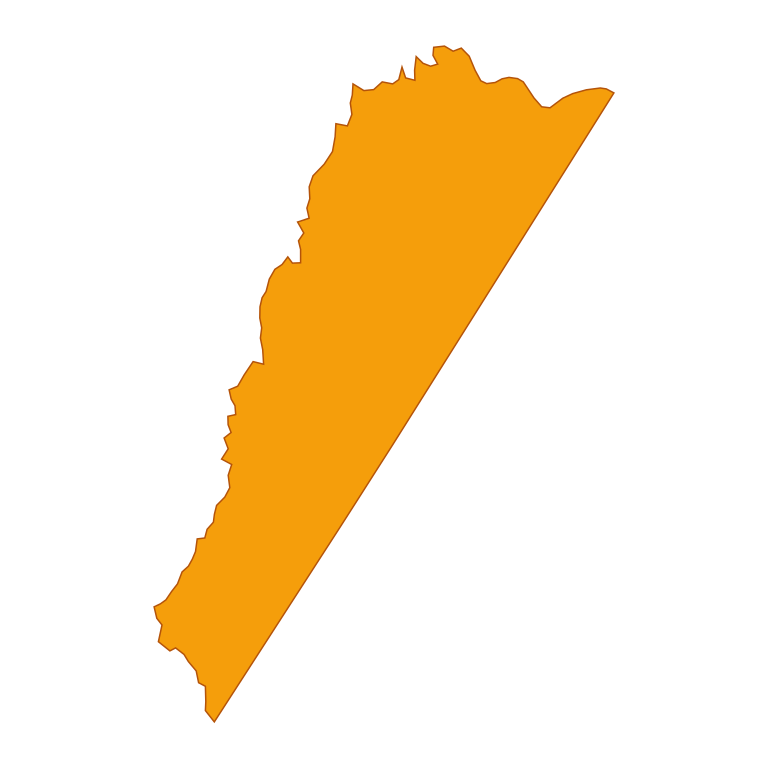 outline of Jussara, Paraná, Brazil
{"feature_id": "56859067B52043203685138", "entity_name": "Jussara", "entity_type": "district", "adm_level": 2, "iso_a3": "BRA", "parent_name": "Brazil", "parent_adm1": "Paraná", "projection": "equal_earth", "projection_center": [-52.469, -23.656], "detail": "fine", "context": "isolated", "style": "filled", "palette": "amber", "viewbox_px": 768, "rotation_deg": 0, "n_neighbors": 0, "source": "geoboundaries", "source_scale": "gbopen_adm2", "svg_char_len": 1500}
<svg xmlns="http://www.w3.org/2000/svg" viewBox="0 0 768 768"><path d="M214.3,721.9L340.5,526.5L354.9,504.0L392.1,445.7L613.9,92.9L606.3,88.9L600.3,88.0L586.4,89.8L572.7,93.6L562.8,98.2L550.0,107.8L541.7,106.8L534.0,98.0L523.3,81.9L517.6,78.6L509.0,77.4L502.1,78.8L495.2,82.5L486.7,83.6L480.8,80.8L475.1,70.3L469.2,56.2L461.3,48.1L453.1,51.2L444.5,46.1L433.7,47.3L433.0,55.4L437.7,64.1L430.6,66.2L423.0,63.3L416.2,56.6L414.6,70.2L414.9,80.3L405.6,77.9L402.0,67.1L398.8,79.6L392.7,83.9L382.2,81.9L373.7,89.6L363.9,90.6L353.0,83.9L352.3,95.1L350.3,103.0L351.9,114.4L347.4,125.9L335.9,123.7L335.1,136.9L332.5,151.5L324.2,164.2L313.0,175.8L309.2,186.8L309.8,198.8L306.9,208.1L309.1,218.2L297.6,222.0L303.8,233.0L298.5,240.8L300.6,249.4L300.6,262.8L292.4,263.1L287.8,256.9L282.1,264.5L274.9,269.3L269.3,279.1L266.1,291.5L262.1,297.7L260.0,306.8L259.8,318.0L261.7,327.9L260.4,338.1L262.7,349.6L263.6,364.2L253.1,361.6L244.3,374.7L237.7,386.2L229.1,389.8L231.2,399.1L235.0,405.7L235.7,414.6L227.9,416.3L228.1,424.7L231.1,432.5L224.1,438.0L228.2,448.8L221.6,459.1L231.7,464.5L228.2,475.3L229.8,487.7L224.8,497.1L216.6,505.4L214.4,514.3L213.4,522.2L207.1,529.3L204.8,538.0L197.2,538.9L195.5,551.6L192.3,559.2L188.4,566.2L182.1,571.9L177.5,583.9L171.6,591.5L165.9,599.9L160.3,603.9L154.1,606.8L156.8,618.3L162.0,625.0L158.4,641.7L169.9,650.9L175.6,647.9L184.0,654.4L188.4,661.6L196.2,670.9L198.6,682.7L205.4,686.3L205.8,701.6L205.4,710.6L214.3,721.9Z" fill="#f59e0b" stroke="#b45309" stroke-width="1.5"/></svg>